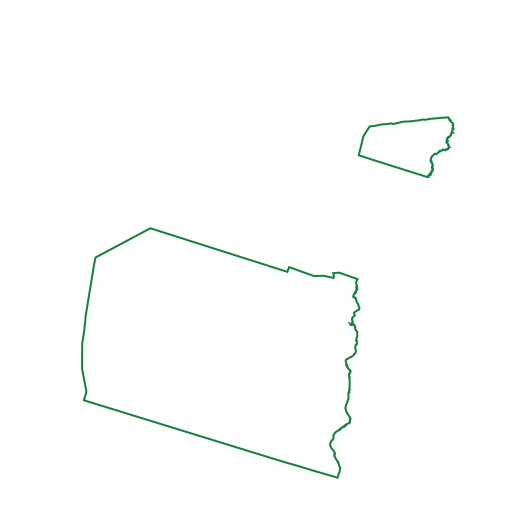 Palauli le Falefa, Palauli, Samoa, rotated 287°
{"feature_id": "51752279B50623478209398", "entity_name": "Palauli le Falefa", "entity_type": "district", "adm_level": 2, "iso_a3": "WSM", "parent_name": "Samoa", "parent_adm1": "Palauli", "projection": "robinson", "projection_center": [-172.356, -13.707], "detail": "fine", "context": "isolated", "style": "outline", "palette": "green", "viewbox_px": 512, "rotation_deg": 287, "n_neighbors": 0, "source": "geoboundaries", "source_scale": "gbopen_adm2", "svg_char_len": 6098}
<svg xmlns="http://www.w3.org/2000/svg" viewBox="0 0 512 512"><g transform="rotate(287 256 256)"><path d="M207.7,103.0L200.8,103.6L149.1,110.6L136.6,113.2L121.5,115.4L97.4,122.6L76.4,133.6L67.7,133.6L67.2,342.4L67.5,357.3L67.5,374.2L67.9,398.9L71.8,398.7L73.9,399.1L74.9,398.8L75.7,398.8L76.2,398.6L77.2,398.7L77.9,398.6L78.0,398.3L78.5,398.0L78.5,397.8L79.6,396.9L80.6,396.4L81.8,395.5L82.7,395.2L82.7,394.8L83.2,394.5L83.3,394.1L83.5,393.7L84.0,393.5L84.3,393.0L85.9,391.1L86.3,391.0L87.4,389.7L87.6,389.3L88.9,389.4L89.2,388.9L89.7,389.2L90.0,389.0L90.4,389.2L90.6,388.8L91.5,388.3L92.1,387.7L93.9,384.7L94.5,384.2L95.7,382.9L96.5,382.5L97.2,382.0L99.0,381.7L100.3,382.0L100.5,382.2L101.0,382.1L101.7,382.6L102.8,382.8L103.0,383.1L104.0,383.4L104.7,383.4L105.5,382.9L106.7,382.5L106.9,382.6L107.8,382.5L108.5,382.8L109.0,383.1L109.5,383.0L110.3,383.6L110.6,383.5L111.0,383.8L112.0,384.5L112.4,385.1L113.1,385.5L114.0,386.6L114.6,386.6L114.7,387.1L115.2,386.9L115.8,387.3L115.8,387.7L116.2,387.7L116.9,388.3L117.0,388.5L117.5,388.8L117.8,389.3L118.2,389.2L118.3,389.5L118.7,389.8L118.7,390.4L119.4,390.2L119.5,390.5L120.4,390.8L120.1,391.3L121.0,391.8L121.3,391.5L121.8,392.0L121.8,392.3L122.4,392.6L123.1,393.4L123.3,394.0L123.8,393.9L124.0,394.3L124.7,394.1L124.9,394.3L125.7,394.2L126.1,393.8L127.1,393.8L127.7,394.1L128.0,394.1L128.2,393.6L128.6,393.3L128.9,392.9L129.4,392.8L129.5,392.3L130.8,391.2L131.8,389.5L132.2,389.4L132.8,389.0L132.7,388.5L133.9,387.6L135.2,387.1L135.3,386.8L135.9,386.5L136.2,386.1L139.6,385.6L140.2,385.8L141.9,385.8L142.7,386.1L143.9,386.0L144.5,385.8L146.2,386.2L147.6,385.7L148.3,385.7L150.0,385.0L150.5,385.0L150.7,384.8L151.1,384.8L151.3,384.6L152.1,384.4L152.4,384.6L153.3,384.5L153.4,384.9L153.8,384.6L154.5,384.4L155.0,384.7L155.4,384.7L155.5,384.4L156.0,384.5L156.5,384.1L156.9,384.2L157.5,383.8L158.3,383.8L159.4,383.5L160.3,383.1L162.1,382.7L162.9,382.3L165.7,381.6L166.8,380.8L167.3,380.8L167.6,380.9L167.7,380.6L168.4,380.1L169.7,379.6L170.3,379.8L171.1,379.6L171.3,380.0L171.8,379.8L172.6,379.9L172.9,380.2L173.4,380.3L173.6,380.2L174.4,378.5L175.8,376.9L175.8,376.7L176.1,376.6L176.6,375.4L177.3,374.8L178.0,375.1L178.1,374.6L178.5,374.9L178.6,374.7L178.7,374.1L179.2,373.8L180.6,373.3L181.0,372.9L181.9,372.4L182.7,372.3L183.5,372.7L184.8,374.1L186.4,375.3L186.8,375.8L187.1,376.6L187.5,376.6L189.0,377.9L190.8,378.8L191.0,378.6L191.8,379.0L192.0,379.3L192.5,379.3L192.7,379.5L193.3,379.3L194.1,379.4L195.0,379.1L196.9,377.8L198.5,377.4L199.8,377.3L200.2,377.9L200.7,377.6L201.6,378.3L203.2,377.8L203.7,377.1L204.2,376.8L204.5,376.9L204.6,376.4L207.3,376.2L208.1,376.4L208.7,376.2L209.2,376.3L211.6,375.3L212.9,375.2L213.4,374.8L214.0,373.6L214.1,373.3L214.4,372.9L214.7,372.9L215.6,371.9L215.9,371.9L216.7,371.6L217.0,371.7L217.2,371.3L217.8,371.2L218.0,370.7L218.8,370.3L219.1,369.8L219.5,368.7L219.3,368.3L218.8,368.5L218.5,368.5L218.2,368.1L217.7,366.7L218.5,365.9L218.3,366.7L218.7,367.2L219.2,367.3L220.0,367.3L220.9,367.8L221.6,367.7L221.7,367.3L222.4,367.1L222.7,366.7L223.4,366.4L224.5,366.1L225.4,366.3L227.4,367.5L228.5,367.7L228.9,367.5L229.9,366.3L230.2,366.2L231.6,367.0L232.6,368.1L233.1,368.2L233.5,368.5L234.4,369.9L234.8,370.1L235.8,370.0L236.2,370.2L237.4,369.6L238.4,368.3L239.4,368.2L240.0,367.6L241.0,366.1L242.7,365.1L244.2,364.1L244.8,363.8L245.1,363.1L245.0,362.7L245.4,362.1L245.1,361.5L245.2,361.1L245.7,361.1L246.0,360.8L246.7,360.7L247.7,360.8L249.1,361.4L249.3,361.7L249.8,361.4L250.1,361.9L250.4,361.8L250.5,362.0L250.9,361.7L251.3,361.9L251.9,361.7L251.9,362.2L253.2,362.2L253.6,361.9L253.9,362.3L254.1,361.9L254.6,362.1L255.1,361.4L255.3,361.7L255.7,361.9L256.2,361.3L256.4,361.4L256.7,361.0L257.0,361.1L257.4,361.0L257.8,360.5L259.7,359.5L260.1,359.5L260.8,359.7L262.6,359.3L263.6,359.7L264.4,340.5L262.2,334.8L259.8,336.3L257.7,336.6L256.8,326.2L253.8,317.3L255.0,290.9L250.0,290.6L251.6,146.8L207.7,103.0ZM382.4,324.8L382.1,339.5L381.6,396.9L382.3,397.3L382.3,397.6L382.8,397.3L383.3,397.3L383.2,397.9L383.7,398.1L384.0,397.9L384.4,398.8L384.6,398.5L384.8,398.9L385.5,398.5L385.9,399.3L386.3,399.0L386.6,399.2L386.9,399.0L387.3,399.4L387.8,399.0L388.3,399.0L388.4,399.4L389.2,399.6L389.7,399.5L389.7,399.9L390.1,399.7L390.4,399.9L391.0,399.5L391.3,399.6L391.5,399.3L391.4,398.8L391.7,398.4L392.6,398.2L392.8,398.7L393.7,398.8L394.3,398.2L394.9,398.4L395.6,397.8L395.7,397.4L396.1,397.5L396.8,397.0L396.9,396.2L397.2,395.7L397.6,395.8L398.0,395.3L398.4,395.8L399.1,395.3L399.5,394.8L400.1,394.8L400.4,395.0L400.6,394.7L402.2,395.0L404.4,396.2L405.3,396.4L405.9,397.2L406.0,397.6L406.3,397.9L406.1,398.2L406.2,398.5L406.6,398.7L407.0,399.3L407.8,399.7L408.0,400.1L408.6,400.0L409.4,401.0L409.6,400.8L410.1,401.7L410.5,401.5L410.8,402.2L411.3,402.6L411.6,403.5L411.9,403.5L412.5,403.7L412.5,406.0L412.9,405.8L413.1,406.2L413.7,406.7L413.9,407.8L414.3,407.7L414.5,408.3L414.8,408.2L415.1,408.4L415.4,408.4L416.1,409.0L416.1,408.5L416.6,408.6L417.7,407.9L418.0,408.2L418.3,407.9L418.4,407.4L418.6,407.3L418.8,406.9L419.8,406.3L419.9,406.0L420.2,405.9L420.0,405.5L420.2,405.0L421.0,405.4L421.1,405.0L421.8,405.4L421.8,405.0L422.4,404.5L422.9,405.2L423.4,404.6L424.6,404.3L425.0,404.6L425.1,405.0L425.6,405.2L425.6,405.7L426.1,406.0L426.4,405.5L428.1,407.1L428.7,407.3L429.6,406.7L430.1,406.9L430.8,406.9L431.2,407.5L431.6,407.5L431.7,408.0L432.3,407.0L433.4,407.0L433.6,407.2L434.3,407.2L434.5,406.9L435.2,406.9L435.4,406.6L435.7,406.6L435.8,407.3L436.1,407.0L436.8,406.9L437.9,406.4L438.2,406.4L438.4,405.8L438.9,405.9L438.9,406.1L439.5,406.2L440.0,405.9L440.6,405.3L440.9,404.1L441.5,403.1L441.9,403.1L441.9,402.7L442.3,402.8L442.9,402.1L443.0,401.7L442.8,401.3L443.4,401.2L443.8,400.4L443.8,400.1L444.4,399.9L444.8,399.5L442.7,393.7L441.4,390.8L439.2,385.2L437.8,381.9L436.0,378.6L435.6,377.3L435.3,375.7L433.4,372.1L432.9,371.5L432.1,369.0L431.1,367.4L428.9,361.6L427.7,358.0L426.5,355.7L424.9,353.2L422.4,348.6L422.2,347.7L422.3,346.7L422.1,345.9L420.2,342.2L419.0,338.7L417.4,335.5L415.2,331.7L415.1,330.9L414.2,329.5L413.1,326.8L402.0,323.7L382.4,324.8Z" fill="none" stroke="#15803d" stroke-width="2"/></g></svg>